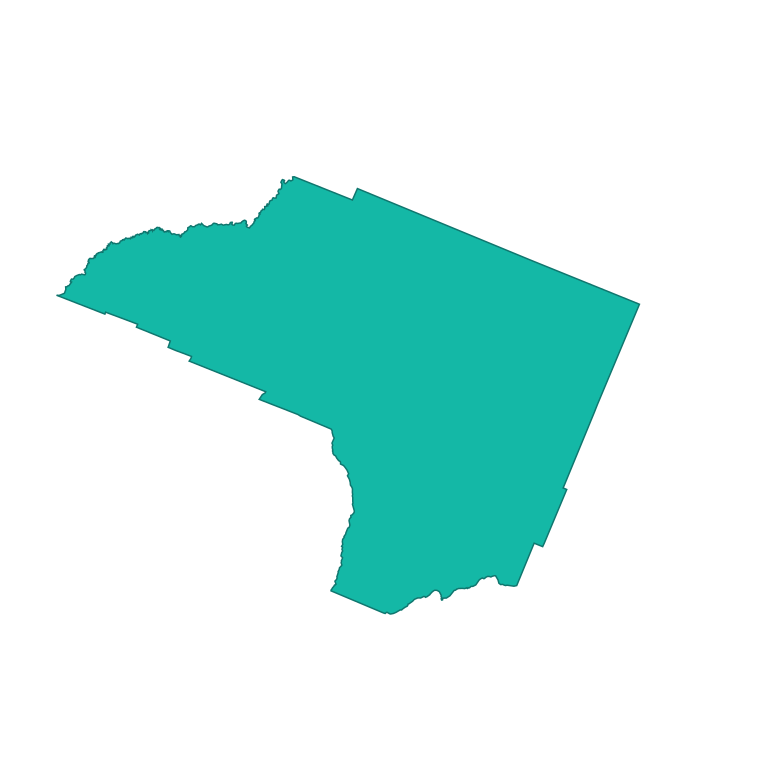 outline of Coronel Pringles, Buenos Aires, Argentina, rotated 67°
{"feature_id": "61730980B35069548895139", "entity_name": "Coronel Pringles", "entity_type": "district", "adm_level": 2, "iso_a3": "ARG", "parent_name": "Argentina", "parent_adm1": "Buenos Aires", "projection": "albers", "projection_center": [-61.45, -38.169], "detail": "fine", "context": "isolated", "style": "filled", "palette": "teal", "viewbox_px": 768, "rotation_deg": 67, "n_neighbors": 0, "source": "geoboundaries", "source_scale": "gbopen_adm2", "svg_char_len": 6170}
<svg xmlns="http://www.w3.org/2000/svg" viewBox="0 0 768 768"><g transform="rotate(67 384 384)"><path d="M621.4,340.6L589.2,308.0L595.7,301.5L593.3,298.8L552.5,257.0L549.7,259.7L492.1,201.3L486.6,195.9L410.4,117.7L326.9,201.0L193.7,332.1L202.3,341.2L158.1,385.7L157.7,387.2L160.4,388.1L160.6,388.6L160.7,390.4L159.6,391.2L159.3,392.2L160.6,394.7L161.0,396.5L160.4,397.0L159.1,397.4L158.7,397.3L158.1,396.1L157.6,396.1L156.2,397.5L156.5,398.4L158.0,400.1L160.0,399.8L163.9,402.0L164.4,403.5L163.7,404.3L164.5,405.6L165.3,406.3L167.5,406.3L167.8,406.6L168.2,409.1L170.6,410.6L170.2,412.0L169.3,413.2L169.5,413.9L171.0,415.2L170.8,417.3L171.8,418.4L173.4,419.4L173.4,420.3L172.6,421.1L172.9,421.5L174.3,421.4L173.9,422.2L174.6,422.5L174.1,424.5L175.4,424.9L176.6,426.0L175.7,427.5L176.4,428.1L176.5,429.3L178.0,430.8L177.7,431.4L177.9,432.2L178.4,432.5L178.8,431.9L179.3,431.9L179.5,432.7L181.3,434.4L181.8,435.4L181.3,436.6L181.6,437.0L181.7,438.6L182.2,439.0L183.0,438.6L183.3,438.7L183.6,439.9L185.1,441.1L185.7,442.7L186.2,443.3L186.7,445.4L187.8,446.8L186.5,448.4L185.3,449.1L184.8,448.9L184.3,447.7L182.4,448.5L182.0,447.9L180.8,447.3L179.7,447.4L178.9,448.2L178.7,448.7L178.8,450.1L179.2,451.7L179.8,452.6L179.0,456.1L178.4,456.9L178.1,458.1L179.3,459.9L178.5,461.2L177.4,461.7L176.3,460.6L175.7,460.6L175.3,462.3L176.6,463.6L176.7,464.6L176.6,465.3L175.5,466.8L175.0,469.9L173.3,471.3L173.1,473.0L172.4,475.0L171.3,475.2L169.6,477.6L169.5,478.3L170.5,480.7L170.2,483.4L170.5,484.6L170.3,485.5L167.8,488.0L164.8,489.2L165.8,490.7L164.5,491.7L164.4,492.6L164.7,493.2L164.5,495.4L165.2,497.0L164.3,499.0L162.9,499.9L162.8,500.4L163.3,501.3L163.5,503.5L165.3,504.4L165.7,505.1L166.3,506.8L166.1,508.0L166.7,508.6L167.2,510.2L167.1,511.5L169.0,512.9L169.2,514.0L168.8,514.0L168.2,513.0L167.7,512.9L167.8,513.8L167.5,514.5L166.3,514.3L165.5,516.8L163.9,518.3L163.4,519.5L163.4,520.6L161.0,521.5L159.6,521.4L159.0,522.0L158.6,522.8L159.1,523.1L158.5,523.3L158.2,523.8L158.9,524.6L158.3,525.4L158.4,526.0L158.2,526.5L158.9,527.0L158.1,526.8L156.7,527.4L156.4,527.1L155.5,528.4L155.3,527.8L154.8,527.7L154.4,528.5L154.4,529.2L153.8,529.1L154.1,530.0L153.7,530.1L153.5,529.3L152.1,529.8L151.7,531.1L151.2,531.5L151.2,532.2L151.6,532.7L151.7,534.3L152.7,535.8L152.0,536.5L152.5,537.1L151.7,536.9L151.8,537.6L150.9,538.1L151.4,538.5L151.5,539.1L151.1,540.3L152.3,542.0L152.9,541.6L153.0,541.7L152.8,542.1L153.2,542.8L152.0,542.8L151.7,544.0L150.7,543.9L150.4,544.9L149.9,545.3L149.9,545.8L150.6,546.4L150.9,547.6L150.7,548.3L151.0,548.8L150.5,549.3L150.6,550.3L151.2,551.0L150.6,551.4L150.2,552.2L149.8,552.5L150.0,553.3L149.9,554.5L150.9,555.6L151.2,556.7L150.4,556.6L150.0,557.6L150.7,558.2L150.3,559.1L150.9,559.0L150.6,560.1L151.2,560.7L150.3,561.5L150.0,563.1L148.7,564.6L149.4,566.1L149.3,566.7L149.7,566.9L149.3,567.2L149.1,568.1L149.5,568.1L149.6,568.4L149.5,570.9L150.9,572.3L150.7,572.9L151.0,573.6L150.5,574.5L150.5,575.3L150.2,576.0L149.0,577.3L148.9,578.7L147.9,578.6L147.4,579.2L146.6,579.5L147.2,581.0L148.1,581.5L147.6,582.9L149.0,582.9L149.4,583.4L148.6,583.9L148.6,584.6L150.2,585.5L150.2,586.2L150.7,586.6L151.1,586.3L151.7,586.7L151.5,588.6L150.9,588.6L150.6,589.5L151.2,589.9L151.4,590.6L152.9,591.4L152.6,592.2L152.0,592.4L151.9,592.7L152.0,593.4L151.6,595.8L152.1,596.4L151.8,597.1L152.3,598.4L152.9,598.4L153.1,599.4L152.9,600.4L153.6,600.9L154.1,600.0L154.6,600.3L154.7,600.6L154.2,601.1L154.9,602.4L153.9,605.1L153.5,605.4L153.5,606.0L154.2,607.4L155.2,607.6L155.3,608.4L156.0,608.5L157.0,608.0L157.4,608.3L157.2,608.9L157.5,609.6L158.6,610.4L159.1,611.5L160.3,612.0L161.4,613.8L161.5,615.2L161.9,615.4L163.3,614.9L164.2,615.6L165.3,615.3L166.5,616.2L166.5,617.0L164.7,619.4L164.9,620.7L164.2,621.7L164.1,624.5L164.3,626.6L165.7,628.3L166.0,629.4L165.3,630.6L165.7,631.3L167.0,632.7L167.4,632.7L168.1,631.8L170.3,635.4L170.2,636.9L170.6,637.7L170.2,639.1L172.6,639.9L175.6,642.7L175.6,647.2L175.4,648.7L174.6,650.1L174.8,650.3L210.6,613.6L209.1,612.2L232.7,587.4L235.0,589.7L260.9,563.9L265.9,568.4L271.9,562.5L283.4,550.4L285.1,551.8L286.8,554.4L344.9,495.9L345.8,496.9L346.2,500.1L349.4,504.9L378.5,475.1L381.0,473.4L404.8,450.3L406.7,450.0L408.6,450.7L412.3,451.2L414.2,450.9L418.1,455.0L420.3,455.1L421.2,456.0L422.7,456.6L425.0,457.0L425.5,457.6L426.6,457.6L427.9,458.1L429.7,457.8L431.4,456.6L433.6,456.5L436.8,455.7L438.2,454.6L438.9,454.6L440.7,455.3L443.2,453.1L445.5,452.4L448.7,451.7L452.8,451.6L454.2,453.5L458.0,453.1L461.2,453.5L463.9,454.4L466.6,453.9L468.2,454.0L471.5,455.5L473.5,456.0L474.6,456.9L476.3,457.1L479.8,458.6L481.5,459.1L482.2,460.0L489.2,460.9L490.6,461.7L492.0,464.4L492.0,465.8L492.3,466.1L493.7,466.4L494.8,468.6L496.2,469.6L500.5,470.5L502.3,472.0L502.6,473.7L506.2,477.3L507.2,477.9L508.7,480.4L509.5,480.4L510.8,482.7L512.9,484.0L515.5,484.6L516.9,486.5L518.1,485.9L519.8,487.3L521.6,487.3L522.6,488.7L525.4,490.8L527.7,490.0L529.1,491.2L529.7,492.1L530.8,492.5L531.8,493.3L534.0,493.5L534.5,493.8L535.8,496.8L537.2,497.7L538.8,499.6L539.7,499.8L543.0,502.7L544.1,502.9L545.3,503.9L546.3,506.2L549.5,506.4L549.9,507.2L549.7,508.1L550.7,509.3L551.5,511.0L552.5,512.3L552.9,513.1L553.7,513.6L594.5,474.0L595.7,472.6L595.2,471.0L595.3,470.4L597.8,468.5L598.3,467.8L598.9,465.0L598.9,462.2L598.3,457.5L598.9,456.0L598.5,455.3L597.7,451.7L597.6,449.5L597.2,448.8L596.0,447.8L596.1,446.9L595.1,442.4L594.3,440.8L594.1,439.9L594.1,436.5L595.3,433.8L595.1,430.4L595.8,429.3L596.5,429.2L596.6,427.6L595.8,424.0L595.4,423.6L594.3,421.1L593.7,418.9L593.7,417.8L594.7,415.8L596.8,414.2L600.8,413.9L601.9,414.5L603.3,414.4L604.0,415.3L605.4,415.4L605.6,414.9L605.5,414.3L604.3,414.0L604.2,413.4L605.4,410.2L604.7,406.1L601.4,400.0L601.7,398.7L601.2,397.0L601.4,396.5L601.3,395.5L602.7,391.8L603.9,389.6L603.9,387.3L604.6,387.4L604.9,387.0L604.6,385.7L604.9,385.4L605.0,384.8L604.3,383.1L605.0,381.2L604.8,378.0L601.6,373.0L601.1,371.2L601.0,369.3L602.2,368.2L602.3,367.5L601.7,365.7L601.6,363.9L602.2,362.4L603.4,361.0L603.3,359.6L603.6,357.2L604.2,356.2L608.9,355.6L612.3,356.1L614.2,355.0L614.9,352.9L616.0,352.1L617.0,350.9L617.3,349.3L620.9,343.4L621.4,340.6Z" fill="#14b8a6" stroke="#0f766e" stroke-width="1.5"/></g></svg>